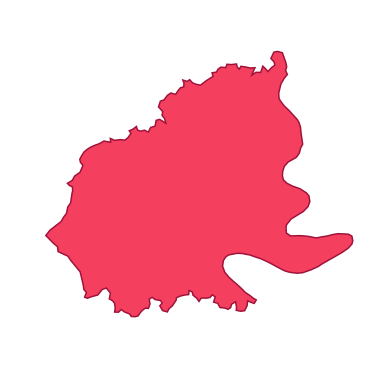 outline of Serranópolis do Iguaçu, Paraná, Brazil, rotated 261°
{"feature_id": "56859067B67809594674729", "entity_name": "Serranópolis do Iguaçu", "entity_type": "district", "adm_level": 2, "iso_a3": "BRA", "parent_name": "Brazil", "parent_adm1": "Paraná", "projection": "mercator", "projection_center": [-54.035, -25.477], "detail": "fine", "context": "isolated", "style": "filled", "palette": "rose", "viewbox_px": 384, "rotation_deg": 261, "n_neighbors": 0, "source": "geoboundaries", "source_scale": "gbopen_adm2", "svg_char_len": 3161}
<svg xmlns="http://www.w3.org/2000/svg" viewBox="0 0 384 384"><g transform="rotate(261 192 192)"><path d="M293.2,304.6L297.4,303.4L300.7,305.1L305.4,304.9L315.4,303.0L317.5,298.4L317.3,294.7L311.5,290.8L307.5,293.5L304.2,293.6L302.5,290.1L299.1,285.8L302.7,283.6L305.2,281.6L299.4,278.6L300.2,273.9L298.1,269.3L304.9,273.6L305.4,268.8L307.1,264.5L308.5,260.0L305.9,257.9L308.4,256.2L311.5,256.0L311.7,250.7L312.7,246.5L309.6,244.8L310.8,240.0L309.2,236.9L306.6,234.9L306.6,230.5L302.8,230.8L301.3,227.2L299.4,222.9L296.2,217.1L297.8,212.8L299.7,209.6L303.3,207.3L302.0,204.5L304.0,200.5L300.7,201.1L297.1,200.3L296.8,197.0L294.7,194.5L291.0,191.1L293.1,186.5L291.2,182.7L287.4,178.8L286.7,175.0L281.3,172.2L276.0,175.7L272.5,174.4L268.8,176.4L264.0,176.9L268.8,171.4L268.4,167.8L262.9,165.9L262.2,161.2L258.0,158.2L260.5,154.7L260.1,150.8L261.7,147.9L265.4,147.3L263.2,143.3L262.3,139.6L259.5,140.9L255.9,137.5L253.7,134.0L255.0,129.2L255.1,123.7L257.7,119.7L253.9,119.4L256.1,113.0L254.2,107.9L253.3,103.1L252.1,98.8L250.6,95.3L248.5,91.7L244.6,88.3L241.9,86.3L239.0,86.4L235.2,88.4L229.0,84.5L226.1,78.5L222.3,75.7L220.0,70.3L217.6,72.0L215.7,74.7L211.8,74.3L209.2,73.2L200.2,70.4L196.7,67.0L190.4,64.6L187.3,61.3L183.4,58.2L176.4,45.6L171.8,40.8L168.7,43.1L163.2,47.0L159.0,50.6L154.1,50.4L148.0,59.4L143.8,61.3L139.4,63.9L130.7,69.0L118.2,70.0L112.5,70.0L109.4,72.0L104.9,69.5L103.4,72.0L104.3,76.2L105.0,82.8L109.7,88.0L110.6,92.3L108.1,93.8L105.0,95.6L99.3,93.6L97.2,96.4L94.3,98.1L89.3,98.0L85.5,96.8L84.8,100.7L87.0,103.7L84.2,106.4L81.2,111.4L78.6,112.5L77.7,116.4L78.1,119.4L80.5,121.7L82.5,123.9L84.6,127.7L83.9,130.8L88.0,133.0L92.9,133.0L94.2,136.2L91.5,138.8L89.7,144.0L87.0,145.1L84.6,142.4L79.5,144.4L77.4,148.9L80.5,151.2L82.5,154.7L87.5,159.3L90.1,160.2L91.0,164.1L91.4,168.5L91.2,172.7L95.2,173.7L93.1,176.7L90.0,176.8L86.1,180.2L82.8,181.8L85.8,184.5L84.9,190.0L85.0,193.3L87.3,196.0L84.8,198.5L79.8,196.1L78.1,199.9L73.5,201.6L72.3,206.1L70.5,209.3L71.8,212.1L74.9,213.4L76.8,217.8L71.6,218.0L68.2,217.2L66.6,221.5L66.5,225.4L71.0,228.6L75.8,229.9L73.8,233.0L72.2,236.0L75.3,238.6L77.3,236.2L81.5,232.2L84.5,228.9L89.3,225.5L93.8,221.9L98.0,218.3L102.4,214.9L107.7,211.8L114.0,210.6L119.4,212.3L122.8,215.4L124.1,218.6L124.4,227.0L123.4,231.9L121.8,236.2L120.8,239.2L118.3,243.7L115.5,249.2L112.4,254.0L108.8,259.0L106.5,262.0L102.5,267.3L99.9,270.8L98.3,273.9L97.0,277.2L95.3,283.3L95.0,288.9L96.5,297.2L98.7,305.2L100.4,308.6L104.8,320.2L107.7,327.9L109.2,331.6L112.2,337.7L115.7,341.9L118.8,343.2L123.5,343.0L125.9,339.8L126.8,335.5L128.0,329.7L128.0,325.2L127.4,318.4L127.4,312.9L127.2,307.4L129.6,301.1L131.1,295.8L132.2,290.8L132.6,286.8L133.2,282.6L136.6,278.8L142.1,279.3L144.8,280.2L149.8,285.6L153.1,293.5L155.3,298.9L159.4,304.3L164.2,306.9L169.8,306.9L173.2,304.9L178.4,299.1L182.0,292.4L185.7,287.2L189.5,284.3L193.9,283.8L198.1,284.8L202.9,287.2L206.7,291.8L208.0,295.5L210.0,300.6L213.5,304.0L218.4,306.2L221.9,308.8L232.6,308.9L239.0,309.3L243.7,308.6L247.1,307.3L257.3,300.6L262.5,296.6L268.1,293.6L270.7,292.6L276.0,293.1L284.6,296.6L289.8,300.8L293.2,304.6Z" fill="#f43f5e" stroke="#9f1239" stroke-width="1.5"/></g></svg>